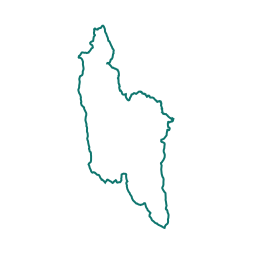 outline of Peque, Antioquia, Colombia, rotated 348°
{"feature_id": "7082276B42388352682684", "entity_name": "Peque", "entity_type": "district", "adm_level": 2, "iso_a3": "COL", "parent_name": "Colombia", "parent_adm1": "Antioquia", "projection": "equal_earth", "projection_center": [-75.872, 7.047], "detail": "fine", "context": "isolated", "style": "outline", "palette": "teal", "viewbox_px": 256, "rotation_deg": 348, "n_neighbors": 0, "source": "geoboundaries", "source_scale": "gbopen_adm2", "svg_char_len": 5835}
<svg xmlns="http://www.w3.org/2000/svg" viewBox="0 0 256 256"><g transform="rotate(348 128 128)"><path d="M89.6,167.8L90.1,168.7L90.7,171.3L91.3,172.4L91.4,173.0L91.8,172.9L92.3,173.5L93.5,175.1L94.3,176.6L94.7,176.1L96.0,175.3L96.8,174.3L97.4,174.3L99.9,176.7L100.4,177.0L101.4,178.5L102.3,178.3L103.1,177.5L105.2,176.5L105.4,176.8L105.6,177.3L105.7,178.7L106.2,179.2L108.2,179.2L108.9,179.4L109.3,179.2L110.7,177.7L110.9,175.8L111.3,175.2L111.8,173.3L111.9,172.6L112.2,172.1L114.0,171.7L116.0,172.3L116.4,172.6L116.6,173.1L116.1,174.8L115.9,176.8L115.9,178.3L116.3,180.2L115.2,180.8L114.8,181.8L115.0,184.0L114.7,184.8L114.7,187.6L115.0,188.6L115.3,190.3L116.1,191.9L116.2,193.1L117.3,195.8L117.3,197.5L117.9,199.8L120.5,203.7L121.2,203.8L122.3,204.9L123.2,205.4L124.2,205.7L124.3,205.9L126.6,205.7L127.7,205.3L127.9,205.0L128.6,205.0L128.9,205.1L129.1,205.8L129.2,208.8L129.5,210.0L130.1,211.4L130.1,212.4L131.7,214.7L132.3,215.8L131.3,216.9L130.9,217.8L130.7,219.0L131.2,219.6L132.0,221.3L132.1,222.5L132.4,223.3L133.6,224.6L134.8,226.4L135.8,227.1L136.1,227.5L136.6,227.5L137.0,228.3L137.4,228.8L137.6,228.9L137.9,229.3L138.6,229.7L139.4,230.4L140.1,230.8L140.4,231.3L140.9,231.5L142.1,232.8L143.0,233.3L144.0,231.5L145.0,230.6L146.6,229.9L147.4,228.9L147.8,227.7L148.1,225.6L148.8,224.3L149.6,221.5L149.5,219.9L149.2,219.0L149.3,217.3L149.2,216.6L148.8,215.7L148.4,215.6L148.2,215.0L148.4,214.2L149.6,212.0L149.6,210.5L149.8,208.3L149.8,206.1L150.3,204.4L151.1,199.6L151.0,199.1L150.4,198.3L149.4,195.7L149.0,194.1L149.2,193.3L150.3,192.0L150.9,190.7L151.4,188.3L152.2,185.5L152.1,184.0L151.6,182.9L151.4,179.9L151.9,175.3L153.1,171.7L152.9,170.4L152.9,169.3L153.1,169.0L153.8,168.7L156.2,166.4L157.7,164.3L158.4,162.0L158.3,160.4L158.0,159.0L158.1,158.0L158.4,156.9L159.3,155.3L159.8,153.5L160.5,151.5L160.5,150.5L159.6,149.5L158.0,148.6L157.7,148.1L157.7,147.7L158.2,146.4L159.0,146.4L161.0,145.9L164.2,143.2L164.4,142.7L164.7,141.4L166.1,138.0L166.5,137.9L167.2,138.6L167.5,138.6L167.9,138.5L168.4,137.8L168.7,137.1L168.7,136.7L168.3,136.0L167.6,135.5L167.5,135.2L167.6,133.6L167.9,132.0L168.6,130.4L168.8,130.4L169.2,131.1L170.0,131.1L170.5,130.7L172.5,130.8L173.4,130.3L174.2,128.7L173.9,128.6L173.9,128.2L173.7,128.0L173.6,128.4L173.3,128.5L173.2,129.0L172.7,129.0L172.1,127.5L171.1,126.8L170.2,125.7L169.4,124.6L169.3,124.0L168.7,123.4L168.0,122.2L167.1,122.2L166.5,121.7L166.1,121.7L165.9,121.4L165.6,121.5L165.2,121.2L165.1,120.6L164.6,119.7L165.0,119.5L165.1,118.9L165.1,117.7L165.3,116.7L165.1,116.4L164.9,116.3L164.9,116.1L165.1,115.8L165.4,115.8L165.0,112.5L165.4,112.0L165.4,111.3L165.7,110.9L165.8,110.7L165.4,109.8L165.6,109.3L165.5,108.8L164.9,108.4L164.4,108.5L164.3,108.3L164.0,108.4L163.8,108.3L163.7,108.4L163.4,108.3L162.9,108.4L162.6,108.3L162.3,108.5L162.0,108.2L161.6,108.1L161.5,107.8L161.5,107.2L161.0,106.8L160.0,105.4L159.7,104.6L159.2,103.9L158.4,103.3L156.1,102.8L155.7,101.8L155.6,101.2L155.3,101.0L155.2,100.7L154.5,100.5L153.7,101.3L153.1,101.4L153.0,100.4L152.5,100.2L152.2,99.6L152.1,98.6L151.7,98.5L151.4,98.0L151.0,98.1L150.6,97.8L150.2,97.8L149.8,97.3L149.2,97.2L148.9,95.9L148.6,95.4L148.2,95.2L147.7,95.3L147.5,94.9L146.2,94.7L143.2,96.3L142.3,95.9L141.9,95.4L141.1,95.2L140.8,95.2L139.7,95.9L138.8,95.9L138.4,96.0L137.9,97.1L137.5,97.4L137.0,98.2L136.3,98.7L135.9,99.8L135.4,100.1L135.1,100.9L134.4,101.1L134.1,101.0L133.4,100.2L132.6,98.2L132.4,97.2L132.4,96.5L133.0,94.5L133.0,94.4L131.2,94.6L130.2,94.3L129.8,93.9L129.5,93.5L129.3,92.3L129.4,91.6L128.8,90.6L128.8,89.9L128.5,89.7L127.9,89.7L127.9,88.7L127.8,88.3L127.8,86.7L128.0,86.0L128.5,85.8L128.6,85.6L128.4,84.6L128.5,84.2L128.3,83.8L128.5,83.4L128.1,82.3L128.2,81.6L128.4,81.1L128.4,80.3L128.7,79.3L128.6,78.7L128.9,78.0L128.8,77.8L128.6,77.6L128.5,77.1L128.9,76.8L129.0,76.4L129.5,75.9L129.6,74.8L130.1,74.5L130.4,72.4L130.4,70.5L129.9,69.7L129.9,68.8L128.9,68.3L128.2,67.4L127.2,67.1L126.2,66.0L125.7,66.0L125.1,65.7L123.7,62.9L123.1,62.1L122.9,61.4L122.0,60.7L121.1,60.5L121.2,60.3L121.5,60.1L123.1,60.4L123.7,60.2L124.7,58.8L125.1,57.8L125.7,57.3L126.1,57.4L126.4,57.2L127.5,55.9L128.7,52.7L129.4,52.0L129.6,50.5L130.2,49.2L129.9,47.8L129.4,47.1L129.2,45.5L128.7,43.8L127.9,39.7L127.7,39.2L127.2,39.0L126.9,38.6L126.9,37.4L127.0,36.8L126.9,35.1L126.5,33.5L126.3,31.2L125.8,30.0L125.6,28.7L125.9,26.9L125.9,26.1L125.4,23.6L124.8,22.7L124.1,22.7L122.1,24.5L121.3,24.4L120.4,24.4L119.7,24.8L119.3,24.7L118.7,25.4L117.3,24.9L116.7,24.0L116.2,23.8L115.6,24.1L115.3,24.6L115.2,26.2L114.6,27.3L114.4,28.6L114.4,29.3L114.9,29.9L114.9,30.5L114.4,30.8L114.0,31.3L113.4,31.8L112.0,35.6L109.9,36.0L108.7,36.8L108.6,37.6L108.7,38.0L109.3,38.8L110.0,39.3L110.2,39.7L110.4,40.5L110.3,42.0L109.8,42.3L108.8,42.6L107.4,44.1L106.2,45.1L105.6,45.3L105.2,46.0L103.2,46.1L102.3,45.5L101.1,45.4L99.2,44.6L98.4,44.6L96.2,46.9L95.0,47.4L94.4,48.7L94.5,49.0L95.7,49.3L96.7,50.1L97.1,50.8L97.5,52.1L97.7,54.0L97.1,56.5L97.0,59.7L96.8,61.1L96.2,62.2L95.5,63.3L95.0,65.4L94.3,66.6L93.3,67.1L92.5,67.2L91.8,67.5L90.5,70.0L90.4,72.8L89.6,75.1L89.2,75.9L88.6,78.3L87.4,80.2L87.3,81.1L87.5,83.7L88.2,85.7L88.3,88.1L88.2,88.7L87.8,89.6L87.8,92.5L87.7,93.0L87.3,93.4L87.2,93.9L87.4,96.1L87.8,96.5L88.3,97.6L88.8,98.0L89.3,98.8L89.1,99.6L89.2,100.6L90.2,104.6L90.2,105.2L89.8,106.9L89.0,108.3L88.0,111.3L88.0,112.7L88.2,115.5L87.7,117.7L88.0,118.6L87.9,119.9L87.4,121.5L87.3,122.6L87.1,123.1L87.4,124.7L87.0,127.7L85.9,129.8L85.9,131.4L86.2,132.5L86.0,134.3L86.0,136.9L86.2,138.3L86.0,139.4L85.6,139.9L85.5,140.3L85.7,141.1L85.7,143.0L86.5,143.9L86.5,144.1L86.5,145.0L86.2,146.3L86.1,147.6L85.2,151.7L84.6,153.3L84.3,153.6L82.4,154.6L81.8,155.5L82.2,156.5L82.3,159.1L82.9,161.6L82.9,162.4L83.4,163.8L84.0,164.3L85.2,164.1L85.6,164.3L86.0,164.8L86.3,164.8L86.6,165.1L87.8,167.0L88.5,167.5L89.6,167.8Z" fill="none" stroke="#0f766e" stroke-width="2"/></g></svg>